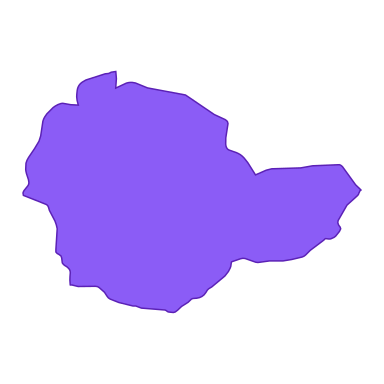 SVG path tracing the border of Sühbaatar
{"feature_id": "MNG-3333", "entity_name": "Sühbaatar", "entity_type": "Province", "adm_level": 1, "iso_a3": "MNG", "parent_name": "Mongolia", "parent_adm1": "", "projection": "robinson", "projection_center": [113.466, 46.275], "detail": "fine", "context": "isolated", "style": "filled", "palette": "violet", "viewbox_px": 384, "rotation_deg": 0, "n_neighbors": 0, "source": "natural_earth", "source_scale": "10m", "svg_char_len": 2253}
<svg xmlns="http://www.w3.org/2000/svg" viewBox="0 0 384 384"><path d="M361.0,190.1L360.1,190.6L358.9,193.1L358.4,194.5L357.5,195.6L347.0,205.1L338.1,220.6L337.8,222.8L338.7,225.2L340.1,227.0L340.7,228.8L339.4,231.5L335.6,236.2L334.0,237.4L330.9,238.8L329.9,239.0L328.9,239.0L325.6,238.6L325.0,238.9L323.8,240.1L310.3,250.3L305.6,255.0L304.0,256.2L302.2,257.0L291.7,259.5L283.1,260.9L269.7,260.9L257.9,262.5L255.7,262.2L245.1,258.5L242.9,258.3L240.7,258.7L232.2,261.6L231.5,262.0L231.3,262.7L230.8,266.3L230.2,268.0L228.4,271.5L224.9,276.0L211.8,286.9L208.8,288.7L207.9,289.5L207.2,290.3L206.0,292.3L204.1,294.8L201.9,296.5L199.5,297.6L196.7,298.2L192.9,298.5L191.4,299.1L188.1,302.3L181.6,306.4L177.6,310.2L175.2,312.0L173.3,312.5L168.6,312.0L167.7,311.7L165.9,310.4L164.9,310.0L141.4,308.1L135.8,306.0L133.0,306.0L118.8,302.5L110.2,299.1L108.4,297.9L107.1,296.3L104.5,292.3L99.3,287.7L97.5,286.6L95.4,286.3L78.1,286.5L72.0,285.0L70.3,285.0L70.2,284.6L69.9,280.1L70.0,276.5L70.3,272.7L70.1,271.0L69.5,269.5L67.9,267.7L66.6,266.6L64.9,265.6L63.5,264.5L62.3,262.9L61.7,258.0L61.0,256.0L58.9,254.4L57.2,253.5L56.3,252.5L55.9,252.0L55.9,249.5L57.2,228.7L56.3,224.8L55.0,221.1L49.4,210.4L48.5,207.3L47.8,205.8L46.6,204.6L23.4,195.4L23.0,193.0L23.3,192.0L24.0,190.6L28.0,185.6L28.6,184.4L28.9,182.8L28.7,181.2L28.4,179.5L26.5,173.7L25.9,171.1L25.7,169.4L26.0,163.2L27.0,160.3L28.6,157.4L34.5,148.7L39.0,141.2L40.7,135.9L42.9,121.2L43.7,118.9L44.7,117.0L46.9,113.8L53.2,107.5L55.2,106.1L57.9,104.6L60.7,103.6L61.7,103.4L62.8,103.3L70.8,104.7L78.3,105.1L77.1,100.4L76.7,96.8L76.8,94.4L77.2,90.5L77.5,88.9L77.9,87.6L78.4,86.5L79.0,85.4L79.9,84.2L81.0,83.1L82.3,82.1L85.9,80.0L105.2,73.8L108.4,73.5L109.3,73.2L110.8,72.4L111.2,72.2L115.8,71.5L116.4,78.7L115.7,88.1L126.4,83.1L128.5,82.6L130.3,82.4L132.1,82.4L135.5,83.0L147.5,87.9L185.5,95.0L214.2,114.5L225.2,119.6L226.5,120.6L227.4,121.5L228.0,123.6L225.8,137.8L225.7,144.2L226.0,146.2L226.6,147.7L227.4,148.9L228.4,149.7L229.5,150.2L236.6,152.7L238.5,153.6L240.4,154.7L242.3,156.2L244.1,158.0L247.9,162.8L255.5,174.9L266.2,170.2L271.7,168.8L300.7,167.9L312.6,165.8L339.3,164.7L340.5,165.1L341.5,165.8L342.5,166.7L355.6,184.8L361.0,190.0L361.0,190.1Z" fill="#8b5cf6" stroke="#5b21b6" stroke-width="1.5"/></svg>